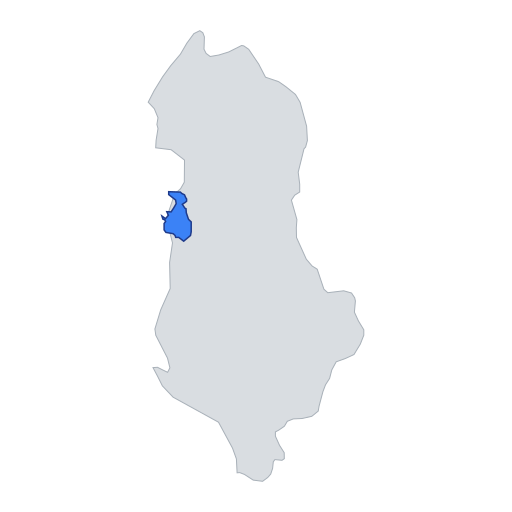 Durrës, Durrës, Albania (highlighted)
{"feature_id": "67620474B45959085094100", "entity_name": "Durrës", "entity_type": "district", "adm_level": 2, "iso_a3": "ALB", "parent_name": "Albania", "parent_adm1": "Durrës", "projection": "robinson", "projection_center": [19.515, 41.413], "detail": "fine", "context": "in_parent", "style": "filled", "palette": "blue", "viewbox_px": 512, "rotation_deg": 0, "n_neighbors": 0, "source": "geoboundaries", "source_scale": "gbopen_adm2", "svg_char_len": 1972}
<svg xmlns="http://www.w3.org/2000/svg" viewBox="0 0 512 512"><path d="M155.7,147.8L156.1,140.3L158.0,128.5L156.9,124.5L158.0,117.7L154.3,108.7L148.2,102.2L154.1,90.7L162.7,76.7L170.7,65.7L180.4,54.2L186.9,43.1L193.9,33.6L199.8,30.7L202.8,32.7L204.4,36.9L204.0,49.2L206.1,53.4L210.2,56.5L218.9,55.0L228.6,52.0L241.6,45.5L243.8,45.9L248.7,49.3L258.7,64.1L265.5,77.2L278.7,81.7L286.0,86.8L295.5,94.5L300.1,102.3L306.6,126.2L307.4,140.5L305.6,147.1L304.0,148.8L298.2,172.2L299.7,184.2L299.7,192.0L294.7,195.2L291.4,200.1L296.9,219.6L296.3,227.9L296.5,237.5L306.3,259.2L312.1,266.0L317.2,269.2L323.9,289.2L327.8,292.7L343.7,290.8L351.5,293.0L354.7,297.8L355.4,301.0L354.4,312.2L358.4,320.9L363.8,329.8L363.8,335.2L360.3,344.1L354.0,354.5L345.6,358.4L336.2,361.8L331.8,369.9L329.6,378.4L325.5,384.8L322.9,391.7L319.1,406.0L318.2,411.1L311.8,416.3L302.1,418.5L293.3,418.9L287.3,421.3L284.4,426.2L278.8,430.1L275.4,431.9L275.4,436.2L279.5,445.3L284.2,452.7L284.3,458.7L282.0,460.3L274.9,459.6L273.3,461.8L272.6,468.4L270.7,474.1L267.7,477.5L262.6,481.3L253.2,480.1L244.4,474.4L239.7,472.6L237.1,472.8L236.4,458.9L232.5,448.1L218.5,422.2L173.1,397.2L162.4,385.9L157.7,376.5L153.0,367.6L157.5,367.3L162.0,369.6L167.6,372.3L169.9,367.8L167.5,358.1L155.8,335.3L154.9,329.0L160.7,309.9L170.2,288.5L169.6,262.5L172.5,242.9L169.3,230.2L167.7,214.6L174.7,193.9L180.6,188.7L184.3,182.2L184.5,160.1L171.1,149.7L155.7,147.8Z" fill="#d9dde1" stroke="#a8b0b8" stroke-width="1"/><path d="M180.4,192.1L168.7,191.7L168.7,194.6L175.6,200.0L176.2,203.6L173.8,207.8L171.1,211.9L166.8,211.7L168.4,215.3L165.5,218.6L161.9,216.0L162.9,219.2L164.7,219.8L165.6,221.5L164.1,223.5L164.1,229.9L165.9,232.4L173.2,233.7L175.1,235.5L175.7,237.4L178.7,237.4L183.7,241.2L190.5,235.5L191.2,231.8L191.2,221.9L188.5,219.3L186.3,212.8L186.0,208.7L184.9,208.2L182.3,204.3L185.2,202.4L186.6,201.2L186.6,199.0L185.7,197.6L184.5,194.8L181.7,193.4L180.4,192.1Z" fill="#3b82f6" stroke="#1e3a8a" stroke-width="1.5"/></svg>